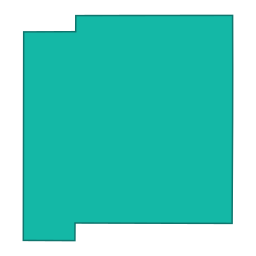 outline of Hamilton, Iowa, United States of America, rotated 270°
{"feature_id": "52423323B92717538873047", "entity_name": "Hamilton", "entity_type": "district", "adm_level": 2, "iso_a3": "USA", "parent_name": "United States of America", "parent_adm1": "Iowa", "projection": "orthographic", "projection_center": [-93.664, 42.384], "detail": "fine", "context": "isolated", "style": "filled", "palette": "teal", "viewbox_px": 256, "rotation_deg": 270, "n_neighbors": 0, "source": "geoboundaries", "source_scale": "gbopen_adm2", "svg_char_len": 304}
<svg xmlns="http://www.w3.org/2000/svg" viewBox="0 0 256 256"><g transform="rotate(270 128 128)"><path d="M224.1,23.7L15.6,23.3L15.4,74.9L33.0,75.0L32.6,232.1L136.1,232.6L188.0,232.7L240.6,232.6L240.5,128.0L240.4,75.8L224.3,75.7L224.1,23.7Z" fill="#14b8a6" stroke="#0f766e" stroke-width="1.5"/></g></svg>